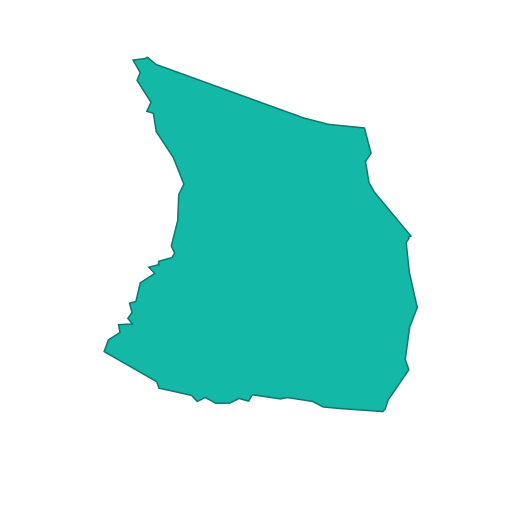 Cumberland, North Carolina, United States of America, rotated 200°
{"feature_id": "52423323B14263080963128", "entity_name": "Cumberland", "entity_type": "district", "adm_level": 2, "iso_a3": "USA", "parent_name": "United States of America", "parent_adm1": "North Carolina", "projection": "natural_earth1", "projection_center": [-78.796, 35.051], "detail": "fine", "context": "isolated", "style": "filled", "palette": "teal", "viewbox_px": 512, "rotation_deg": 200, "n_neighbors": 0, "source": "geoboundaries", "source_scale": "gbopen_adm2", "svg_char_len": 1119}
<svg xmlns="http://www.w3.org/2000/svg" viewBox="0 0 512 512"><g transform="rotate(200 256 256)"><path d="M82.6,166.2L81.6,169.7L80.8,172.7L73.5,201.4L80.4,209.9L87.3,241.9L86.8,262.7L106.5,293.4L119.5,320.1L118.3,324.6L119.1,325.9L117.5,327.4L117.2,327.7L166.6,356.5L175.0,363.7L185.0,381.6L185.2,381.8L185.3,382.0L185.3,382.3L185.4,382.6L183.0,391.9L197.9,413.4L232.8,404.5L258.4,402.0L415.5,401.8L425.8,405.6L426.1,405.4L428.2,403.4L438.5,398.1L427.6,388.7L427.8,380.3L407.2,364.5L408.1,354.6L401.2,355.0L392.3,338.8L367.4,320.3L348.4,298.9L349.6,287.1L341.7,262.6L339.0,236.4L333.5,231.0L334.4,225.8L345.2,218.1L345.5,217.7L345.5,217.4L345.3,216.9L345.1,215.6L345.0,215.2L344.7,214.9L344.3,214.7L352.9,208.8L345.2,205.0L355.6,191.1L353.3,172.3L358.7,168.4L353.2,160.5L355.1,153.5L348.8,149.8L361.7,144.5L357.6,137.6L366.0,126.8L366.0,114.2L306.2,103.9L302.0,98.6L268.8,103.0L261.5,99.2L255.3,105.7L243.4,103.9L230.3,108.8L223.2,116.3L213.3,117.1L211.9,124.4L184.3,130.0L178.1,133.7L153.2,138.7L141.3,137.1L124.2,141.6L83.6,153.2L82.2,156.3L82.6,166.2Z" fill="#14b8a6" stroke="#0f766e" stroke-width="1.5"/></g></svg>